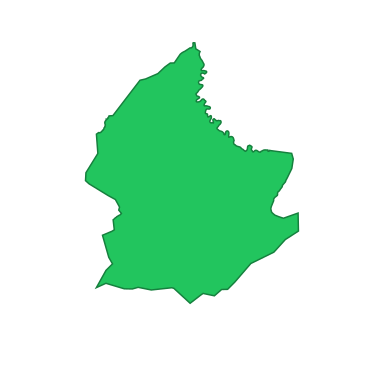 the district of Galt, Hövsgöl, Mongolia, rotated 300°
{"feature_id": "93677404B44283034286627", "entity_name": "Galt", "entity_type": "district", "adm_level": 2, "iso_a3": "MNG", "parent_name": "Mongolia", "parent_adm1": "Hövsgöl", "projection": "natural_earth1", "projection_center": [100.238, 48.744], "detail": "fine", "context": "isolated", "style": "filled", "palette": "green", "viewbox_px": 384, "rotation_deg": 300, "n_neighbors": 0, "source": "geoboundaries", "source_scale": "gbopen_adm2", "svg_char_len": 6010}
<svg xmlns="http://www.w3.org/2000/svg" viewBox="0 0 384 384"><g transform="rotate(300 192 192)"><path d="M277.4,103.2L266.7,95.3L262.8,91.1L218.6,85.3L216.4,82.1L216.1,82.2L215.9,82.3L215.4,82.2L215.2,82.3L214.5,82.1L214.1,82.3L213.8,82.1L213.7,82.1L213.5,82.3L213.3,82.2L213.0,82.2L212.9,82.2L212.6,81.7L212.4,81.6L212.3,81.4L212.2,81.3L212.0,81.7L211.9,81.7L211.7,81.6L211.4,81.7L211.1,81.6L210.8,81.6L210.5,81.5L210.3,81.6L209.9,81.5L209.6,81.6L209.3,81.5L209.0,81.7L208.6,81.7L208.4,81.9L208.2,82.1L207.7,82.3L207.5,82.5L207.4,82.6L207.3,82.8L207.2,83.0L206.9,83.2L206.8,83.4L206.1,83.5L205.6,83.9L204.8,83.8L204.4,84.1L203.8,83.8L203.4,83.8L203.1,83.9L202.8,84.0L202.6,84.1L202.3,84.2L201.7,84.0L201.3,84.1L201.0,83.8L200.6,83.8L200.5,83.7L200.3,83.7L199.8,83.7L199.0,83.3L198.2,83.3L198.0,83.2L197.6,82.9L197.4,82.5L197.0,82.3L196.9,81.9L196.7,81.6L196.7,81.4L196.3,81.3L196.0,81.0L195.5,81.0L195.1,80.7L194.3,80.3L178.3,91.2L155.7,90.5L148.6,94.1L147.6,98.7L147.0,121.3L147.2,129.4L142.7,136.8L139.7,137.6L138.2,141.5L137.7,141.3L137.0,141.5L136.5,141.3L134.8,140.2L134.2,139.9L133.0,139.2L132.3,139.1L131.3,138.5L129.7,138.1L129.0,137.8L128.5,137.6L120.4,143.6L118.1,142.4L109.8,136.1L93.8,152.6L90.0,159.1L81.2,156.7L61.4,157.0L69.9,163.1L74.3,181.7L78.2,188.8L82.5,193.0L86.8,205.7L99.0,222.4L99.5,224.5L94.7,246.0L106.9,251.0L109.7,252.3L113.3,263.3L122.4,266.4L125.5,271.5L135.3,274.1L159.5,278.7L180.9,293.0L197.5,296.6L211.4,303.7L226.8,294.4L215.0,284.3L214.0,279.5L213.4,275.3L214.0,272.1L214.4,271.0L215.1,270.3L216.0,269.4L216.9,268.7L217.4,268.4L219.4,267.9L225.2,267.1L226.9,266.2L227.2,266.2L227.8,266.3L229.0,266.5L230.1,267.0L231.8,267.6L232.4,267.4L232.9,267.2L233.2,266.9L234.0,266.6L234.4,266.5L235.0,266.4L235.9,266.8L237.0,267.1L238.3,267.1L240.7,267.4L241.6,267.5L243.1,267.0L247.3,267.8L247.8,267.8L248.8,267.5L252.1,267.4L262.1,266.7L262.5,266.6L271.2,263.2L275.3,259.0L267.0,239.0L267.0,238.6L266.3,238.5L265.9,238.3L265.3,237.6L265.4,237.4L266.0,237.1L266.3,236.7L266.0,236.2L265.6,235.6L265.4,235.0L264.6,233.7L263.9,232.9L262.8,232.3L261.8,231.5L260.8,231.3L260.4,231.0L260.2,230.1L260.4,229.6L260.2,228.7L260.4,227.6L260.3,227.0L260.0,226.4L259.7,226.0L258.8,225.6L257.7,225.2L257.3,224.9L257.2,224.6L257.5,223.9L257.8,223.5L258.2,222.4L258.7,222.0L259.2,221.8L260.2,221.7L260.9,221.5L261.2,221.2L261.3,220.9L261.4,219.8L261.3,219.3L261.4,218.8L261.3,218.5L260.8,218.2L260.3,217.7L259.9,217.6L259.6,217.4L258.8,217.6L258.2,217.9L257.5,218.1L257.2,218.4L256.8,218.5L256.3,218.6L254.8,218.4L254.5,218.0L254.0,217.9L253.9,217.3L254.1,216.2L254.1,215.6L254.3,215.2L254.4,214.5L254.3,213.4L254.3,213.1L254.7,212.4L254.9,211.9L254.9,211.5L254.9,211.0L254.2,208.2L254.1,207.3L254.1,206.9L254.3,206.4L254.4,206.0L254.4,205.5L254.3,205.1L254.3,204.8L254.9,203.9L255.6,203.3L256.2,202.9L257.0,202.8L257.6,202.7L258.3,202.0L259.2,201.1L259.6,200.5L259.8,200.0L259.9,199.5L259.9,199.2L259.6,198.1L258.9,197.4L258.3,197.0L258.0,196.7L257.9,196.4L259.1,195.6L261.0,194.8L261.6,194.4L262.2,193.9L262.4,193.6L262.7,192.8L262.7,192.4L262.4,191.8L261.9,191.4L261.0,191.2L260.1,191.4L259.2,191.8L258.5,192.0L258.2,191.9L258.0,191.7L257.8,191.3L257.8,191.1L258.1,190.7L258.5,190.4L258.8,190.1L259.1,189.1L259.3,188.1L259.3,187.5L258.8,185.3L258.8,184.5L259.0,183.7L259.1,182.6L259.4,182.0L259.7,181.7L260.2,181.7L260.9,181.7L261.7,181.9L263.6,182.0L264.5,182.4L265.5,182.5L266.1,182.5L266.7,182.4L267.3,182.1L267.6,181.7L268.0,181.2L267.9,180.7L267.5,180.2L267.2,179.1L266.4,178.3L266.2,178.0L266.0,177.5L266.1,176.3L266.3,175.5L266.5,174.7L266.3,174.3L265.3,173.9L264.4,174.4L264.1,174.6L263.3,175.6L263.0,175.8L262.7,176.0L262.4,175.9L262.2,175.1L262.0,174.6L261.7,174.5L261.4,173.9L261.3,173.2L262.0,172.0L262.4,171.9L265.2,171.8L265.7,171.7L266.7,171.3L267.1,170.9L267.5,170.5L267.5,170.2L267.4,169.9L267.0,169.6L266.5,169.5L265.7,169.0L265.1,168.5L265.0,168.2L265.8,167.3L266.4,167.0L267.1,166.5L267.2,166.2L267.2,165.9L266.8,164.8L266.8,164.4L267.0,164.2L267.8,163.7L269.2,163.2L269.6,163.1L270.7,163.1L271.1,163.3L271.5,163.7L271.9,164.2L272.3,165.3L272.5,165.5L272.8,165.8L273.2,166.0L273.6,165.9L274.2,165.7L274.5,165.4L274.6,164.2L274.5,163.9L274.2,163.0L274.1,162.2L273.8,161.4L273.5,160.8L273.2,160.4L272.9,159.8L272.9,159.5L273.2,159.1L273.7,158.8L274.7,158.7L275.8,158.7L276.9,158.9L277.1,158.9L277.4,158.7L277.6,158.4L277.7,158.0L277.7,157.4L277.9,156.7L278.2,156.2L278.2,155.9L278.2,155.4L278.1,155.0L277.5,154.5L277.0,154.2L275.6,154.0L274.7,153.7L273.6,152.9L272.9,152.1L272.5,151.2L272.5,150.8L272.5,150.5L272.7,150.3L273.0,150.1L273.7,150.0L274.3,150.0L274.8,150.2L275.3,150.5L276.8,151.2L277.2,151.4L277.5,151.3L277.9,151.0L278.0,150.1L277.9,149.3L277.6,148.7L277.6,148.4L277.7,148.0L278.3,147.3L278.6,146.6L279.0,146.4L279.5,146.4L280.9,146.9L283.9,147.1L285.6,147.8L288.3,148.4L288.9,148.4L289.4,148.3L289.9,147.9L290.0,147.4L289.8,146.9L289.6,146.0L289.0,144.6L289.1,144.3L289.5,143.6L290.1,142.9L290.7,142.6L291.8,142.6L292.4,143.1L292.6,143.4L293.1,144.0L293.6,144.4L294.8,144.5L295.2,144.6L295.5,144.9L295.9,145.2L296.2,145.2L296.5,145.0L296.7,144.7L296.5,143.2L296.6,142.8L297.0,141.8L297.2,141.3L297.7,140.9L298.2,140.8L298.8,140.7L299.4,140.9L299.8,141.1L300.1,141.4L300.5,142.3L300.6,142.8L300.6,143.8L300.6,144.0L300.8,144.1L301.5,144.3L302.1,144.7L302.5,144.8L303.0,144.8L303.6,144.4L303.7,144.2L303.7,143.6L303.4,142.8L303.3,142.1L303.0,141.4L302.4,140.5L302.0,139.8L302.1,139.1L302.3,138.8L302.9,138.7L303.6,138.7L304.4,138.8L305.8,139.2L306.3,139.2L307.3,139.1L308.0,138.9L308.5,138.6L309.0,138.0L309.6,136.9L310.5,135.6L311.1,134.5L311.5,133.4L312.2,132.2L312.8,131.4L313.3,131.0L313.8,130.1L314.9,129.4L315.8,129.0L317.7,128.7L317.9,123.7L322.6,119.9L322.0,118.6L321.8,118.4L321.6,118.4L321.4,118.4L321.1,118.6L319.9,119.4L319.0,119.8L317.7,119.8L316.8,119.6L316.1,118.9L315.9,118.3L310.4,115.5L308.6,114.3L307.3,113.6L305.4,112.9L294.9,112.1L292.8,108.7L286.7,106.0L277.6,103.3L277.4,103.2Z" fill="#22c55e" stroke="#15803d" stroke-width="1.5"/></g></svg>